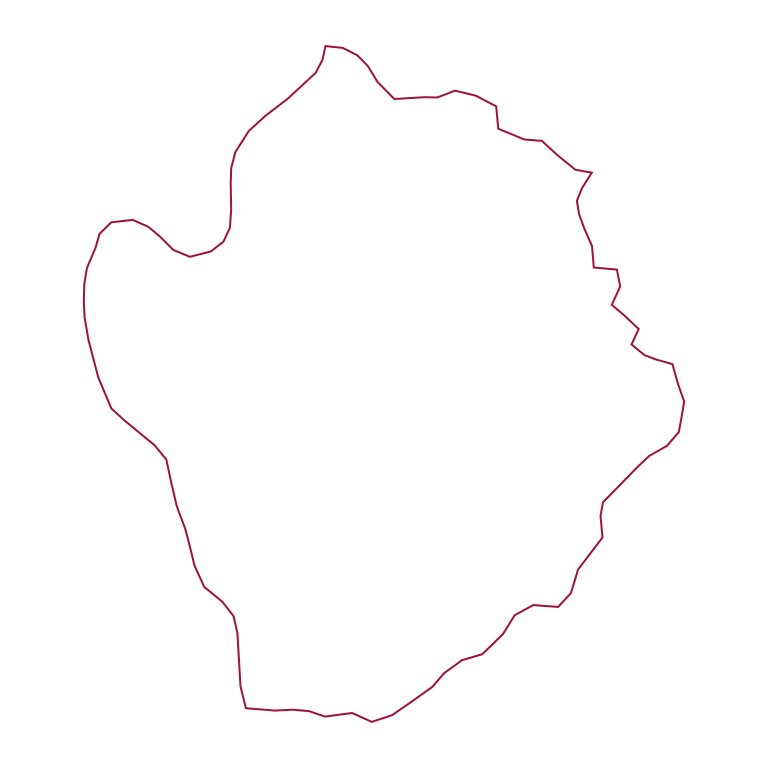 outline of Itapuí, São Paulo, Brazil
{"feature_id": "56859067B79816747151857", "entity_name": "Itapuí", "entity_type": "district", "adm_level": 2, "iso_a3": "BRA", "parent_name": "Brazil", "parent_adm1": "São Paulo", "projection": "robinson", "projection_center": [-48.701, -22.25], "detail": "fine", "context": "isolated", "style": "outline", "palette": "rose", "viewbox_px": 768, "rotation_deg": 0, "n_neighbors": 0, "source": "geoboundaries", "source_scale": "gbopen_adm2", "svg_char_len": 1329}
<svg xmlns="http://www.w3.org/2000/svg" viewBox="0 0 768 768"><path d="M325.5,46.1L322.4,60.0L315.7,72.8L287.4,99.0L265.6,115.6L248.7,131.1L235.3,152.2L231.2,168.2L230.7,184.3L231.2,209.2L229.9,227.7L223.5,241.6L210.9,251.4L189.9,256.8L173.4,250.0L160.3,236.9L148.3,226.8L132.6,219.9L111.3,222.3L99.5,233.9L95.6,247.6L86.9,268.1L84.3,284.1L83.8,301.7L84.6,317.7L88.5,340.0L98.2,377.2L111.3,408.4L123.9,420.0L154.5,445.2L166.3,459.5L171.4,483.3L176.8,506.2L185.3,529.0L190.7,549.8L194.5,565.6L204.3,587.0L222.2,601.6L233.5,616.1L237.4,632.8L240.5,686.3L245.9,708.2L274.9,710.6L292.9,709.7L309.3,711.2L325.0,716.6L352.2,713.0L371.7,721.9L392.2,715.1L412.0,701.4L432.3,686.9L444.1,673.2L462.1,660.1L482.3,654.2L502.9,634.2L514.7,615.2L533.2,605.1L558.1,606.9L570.9,593.2L578.1,569.5L602.5,537.4L600.5,516.0L603.0,502.3L636.7,467.8L649.2,455.9L667.0,445.8L678.8,432.1L681.6,417.0L684.2,401.5L678.0,384.0L672.4,364.1L656.4,359.6L644.6,355.2L631.5,344.5L638.7,329.0L623.6,314.8L611.8,304.9L620.2,286.5L616.9,269.6L593.8,267.5L592.0,246.1L584.6,229.2L579.2,214.6L576.9,200.9L582.0,188.1L591.8,172.7L575.3,169.7L556.8,154.6L541.9,140.9L524.0,139.4L498.3,128.7L496.2,106.4L475.9,95.7L454.9,90.7L437.2,97.5L424.6,97.2L394.3,99.0L377.6,82.0L367.8,66.0L357.3,55.3L342.7,47.9L325.5,46.1Z" fill="none" stroke="#9f1239" stroke-width="2"/></svg>